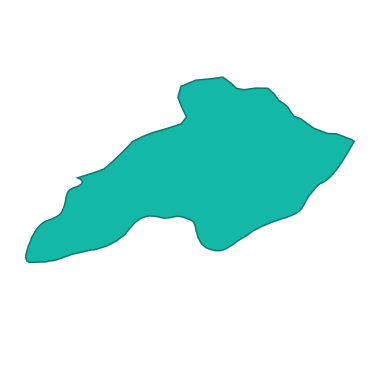 outline of Kim Hyong Gwon, Ryanggang, North Korea, rotated 21°
{"feature_id": "82179303B61862606891781", "entity_name": "Kim Hyong Gwon", "entity_type": "district", "adm_level": 2, "iso_a3": "PRK", "parent_name": "North Korea", "parent_adm1": "Ryanggang", "projection": "albers", "projection_center": [128.041, 40.654], "detail": "fine", "context": "isolated", "style": "filled", "palette": "teal", "viewbox_px": 384, "rotation_deg": 21, "n_neighbors": 0, "source": "geoboundaries", "source_scale": "gbopen_adm2", "svg_char_len": 1597}
<svg xmlns="http://www.w3.org/2000/svg" viewBox="0 0 384 384"><g transform="rotate(21 192 192)"><path d="M325.4,86.7L322.3,85.8L318.4,85.9L314.6,85.9L310.8,85.9L305.7,85.9L298.0,88.7L290.4,88.8L282.7,88.8L272.6,86.1L267.5,84.7L259.8,84.7L249.7,77.7L239.6,75.0L233.2,70.8L225.6,68.0L214.1,72.2L203.9,77.9L196.2,79.3L189.9,76.5L179.7,73.7L169.5,79.3L155.4,86.3L143.8,97.4L144.9,108.6L151.2,115.6L160.0,124.0L157.4,132.3L147.1,140.7L134.2,150.5L126.5,157.5L118.7,165.8L112.1,181.2L106.9,192.3L101.6,202.1L95.2,207.7L84.8,216.0L80.0,219.9L83.0,219.9L86.2,221.6L85.9,224.2L83.9,227.1L78.9,231.5L76.9,234.1L76.0,237.1L76.5,243.2L77.2,246.1L77.9,252.3L77.8,255.5L77.3,258.6L76.2,261.1L74.2,263.8L71.4,266.8L65.7,271.8L63.5,274.7L62.0,277.7L60.0,283.0L58.6,292.4L58.8,295.5L58.6,301.3L59.4,310.5L60.4,312.9L62.0,314.9L62.6,315.7L65.4,316.0L81.0,309.4L83.7,307.3L86.7,306.0L89.7,304.0L102.2,293.3L119.1,281.9L121.5,281.0L122.7,280.1L131.9,272.9L138.6,265.3L144.2,256.5L147.8,245.8L149.9,240.6L153.2,235.6L155.6,233.1L158.3,231.1L161.1,229.5L166.4,227.8L175.2,226.5L180.6,223.8L186.4,220.2L189.0,219.3L191.9,218.7L201.6,218.6L204.3,219.5L206.6,221.9L210.2,227.3L214.3,232.6L219.6,237.1L224.9,238.9L228.5,239.1L234.4,238.5L237.0,237.6L240.1,236.2L242.9,234.0L247.2,229.0L252.8,220.5L259.0,212.5L262.7,206.8L269.3,199.2L279.1,190.0L283.9,186.1L290.1,181.2L295.5,176.0L297.7,173.4L299.4,170.4L300.5,167.7L302.1,155.9L302.8,152.9L306.5,142.2L307.6,139.6L312.0,134.6L313.9,131.8L316.2,126.9L319.1,118.8L321.2,110.2L324.1,94.8L324.9,88.5L325.4,86.7Z" fill="#14b8a6" stroke="#0f766e" stroke-width="1.5"/></g></svg>